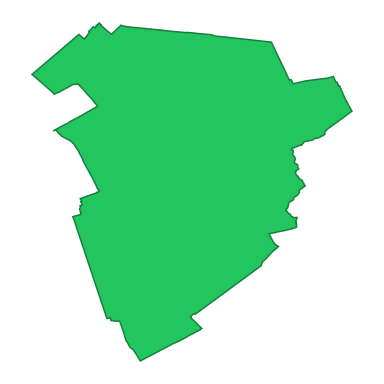 the district of Pijnacker-Nootdorp, Zuid-Holland, Netherlands
{"feature_id": "6326949B78332299759776", "entity_name": "Pijnacker-Nootdorp", "entity_type": "district", "adm_level": 2, "iso_a3": "NLD", "parent_name": "Netherlands", "parent_adm1": "Zuid-Holland", "projection": "natural_earth1", "projection_center": [4.43, 52.011], "detail": "fine", "context": "isolated", "style": "filled", "palette": "green", "viewbox_px": 384, "rotation_deg": 0, "n_neighbors": 0, "source": "geoboundaries", "source_scale": "gbopen_adm2", "svg_char_len": 5650}
<svg xmlns="http://www.w3.org/2000/svg" viewBox="0 0 384 384"><path d="M140.3,361.0L142.4,359.9L145.3,358.3L148.1,356.9L150.9,355.3L153.4,354.1L165.2,347.8L173.0,343.7L177.5,341.8L180.1,340.5L181.3,339.8L185.7,337.5L189.5,335.3L193.4,333.4L195.8,332.0L198.7,330.6L200.6,329.4L201.8,328.4L198.4,325.2L197.1,323.7L190.5,317.4L191.1,317.0L191.0,316.4L191.2,316.0L191.5,315.7L192.3,315.1L192.9,314.6L193.6,314.2L194.2,314.1L195.3,314.2L261.2,265.7L262.1,262.8L262.6,261.9L266.6,258.0L271.3,252.8L273.1,251.1L275.2,249.3L275.7,249.1L278.5,246.5L276.7,245.5L276.2,245.2L274.8,244.1L275.0,244.0L274.5,243.3L273.8,242.9L273.6,242.6L269.0,233.8L269.4,233.6L270.7,233.3L276.3,232.4L276.7,232.1L278.4,231.8L278.6,231.7L283.5,230.7L283.6,230.8L283.7,230.7L292.2,228.8L292.6,228.4L295.2,227.8L296.0,227.5L296.5,227.1L296.6,225.8L296.6,224.7L296.4,224.6L296.5,224.5L296.5,224.1L296.1,223.6L296.2,223.4L296.1,223.1L296.3,223.0L296.2,222.2L296.0,221.4L295.8,221.3L296.0,221.1L296.1,220.7L297.1,217.6L296.8,217.3L296.4,217.3L295.7,217.5L295.4,217.5L294.2,217.7L293.7,217.8L293.5,217.6L293.7,217.4L292.2,216.8L291.3,216.3L291.1,216.1L290.4,214.5L290.1,214.1L289.8,213.9L288.6,213.5L288.1,213.1L287.8,212.4L287.2,211.6L286.3,210.8L286.1,210.5L286.4,210.4L286.5,210.3L286.5,210.1L286.5,209.8L286.3,209.4L286.2,209.0L287.0,208.6L287.3,208.2L287.7,208.0L287.8,207.7L287.7,207.4L287.8,207.0L288.0,206.7L288.1,206.3L288.4,205.6L288.4,205.4L288.3,204.8L288.5,204.1L288.6,203.5L289.1,202.7L289.4,202.2L290.2,201.6L291.4,201.1L292.3,200.6L292.9,200.2L293.3,199.8L293.6,199.4L293.6,198.9L293.5,198.2L293.8,197.8L294.6,197.1L295.9,196.3L297.4,195.1L298.0,194.5L299.3,192.6L299.2,191.6L299.4,190.8L299.4,190.1L299.5,190.0L300.3,189.7L300.7,189.1L301.1,188.9L301.4,188.4L301.6,188.3L302.0,188.3L302.4,188.1L302.8,187.6L303.0,187.4L304.9,186.2L305.2,186.0L305.0,185.6L304.3,184.8L303.9,183.6L303.8,183.4L303.0,182.7L303.0,182.2L302.8,181.9L302.5,181.7L302.3,181.4L302.3,181.2L302.5,180.7L301.9,180.4L301.6,180.0L300.7,179.5L299.5,178.6L298.6,177.6L298.4,177.2L298.3,176.8L298.2,176.5L297.1,175.9L296.9,175.7L296.7,175.2L296.2,174.5L295.9,174.3L295.8,173.6L295.6,173.1L295.5,172.6L295.5,172.4L295.9,171.8L295.9,170.9L296.1,170.9L296.6,170.3L298.1,169.5L298.3,169.4L298.4,169.0L298.7,168.7L298.5,168.4L298.2,168.2L297.8,167.3L297.7,166.9L297.8,166.0L297.8,165.2L297.7,165.0L297.2,164.4L296.8,164.1L295.6,163.7L294.9,163.2L294.6,162.9L294.5,162.7L294.4,162.2L294.5,161.7L294.8,160.8L294.9,160.2L295.3,159.4L295.2,158.8L294.7,156.9L294.3,156.5L293.6,156.2L293.4,156.0L293.0,154.7L292.9,154.1L292.8,153.6L292.9,152.9L293.3,151.7L293.3,151.1L293.2,150.7L293.1,150.4L292.9,150.1L292.5,150.0L291.6,149.9L291.6,149.0L291.6,148.8L291.8,148.5L292.3,148.1L293.3,148.0L294.1,147.8L294.4,147.5L295.0,147.3L295.6,147.0L296.7,146.7L297.6,146.3L298.4,145.8L300.3,145.4L300.5,145.4L300.5,145.1L300.8,144.9L301.3,144.9L301.6,145.1L302.1,144.8L302.1,144.6L302.1,144.4L303.4,142.8L303.9,142.2L304.4,141.8L305.4,141.4L307.5,141.2L309.7,140.5L310.8,140.5L311.3,140.4L312.6,139.9L313.8,139.0L314.4,138.8L315.2,138.5L317.0,138.3L318.8,137.8L319.3,137.5L320.2,137.2L320.3,137.1L320.7,136.3L320.8,136.2L321.8,136.0L322.4,136.0L322.9,135.8L324.9,134.3L325.0,134.2L324.7,133.3L324.7,133.1L325.2,131.7L326.0,130.7L326.8,129.6L338.0,121.5L348.1,114.0L352.0,111.1L350.4,108.5L349.5,106.8L347.4,102.8L347.0,102.1L345.2,98.9L342.0,91.4L341.8,91.4L340.7,88.7L340.8,88.6L340.5,88.0L339.8,86.1L338.9,86.3L338.4,85.1L337.9,85.2L337.7,84.8L338.0,84.7L337.9,84.3L337.1,82.2L336.0,82.3L333.4,76.5L328.2,78.0L305.6,80.9L293.1,83.8L291.2,79.6L289.4,80.1L271.4,42.1L246.6,39.4L226.0,37.1L216.2,36.2L214.7,35.9L211.1,34.7L202.7,33.9L194.5,33.2L193.9,32.8L193.5,33.0L190.2,32.7L186.8,32.4L186.8,32.7L161.3,30.3L161.6,30.1L151.6,29.2L151.4,29.0L151.0,29.1L144.7,28.6L144.8,28.4L144.1,28.4L131.2,27.2L127.6,26.8L127.7,26.7L124.5,26.3L124.4,26.2L121.9,25.8L121.1,25.1L111.6,34.2L110.9,34.0L101.2,25.6L101.1,25.4L101.3,24.9L101.2,24.7L100.4,24.4L100.2,24.1L100.1,23.7L99.0,23.0L98.0,24.4L97.2,24.9L96.3,25.3L96.9,25.9L96.1,26.5L95.9,26.7L96.0,26.9L95.0,27.8L93.3,26.6L92.1,27.9L91.2,29.0L90.6,29.6L88.8,31.3L89.8,32.1L89.0,32.7L86.6,36.2L86.5,36.3L85.5,37.9L85.4,37.8L84.4,39.1L82.2,37.3L81.1,36.4L78.9,34.4L32.0,74.4L32.2,74.6L50.6,90.5L52.7,92.5L53.2,93.2L54.2,94.3L56.5,93.0L58.3,92.6L73.5,84.2L75.8,84.5L77.5,83.7L78.4,84.7L78.8,84.5L81.3,87.4L83.2,89.4L83.6,89.9L85.7,92.3L87.5,94.4L89.1,96.1L89.9,97.0L91.6,98.7L94.5,102.5L95.0,103.2L96.0,104.1L97.1,105.2L97.4,105.7L97.5,106.0L97.3,106.2L96.6,106.8L94.9,107.8L84.3,113.8L83.0,114.7L81.1,115.7L80.4,116.0L78.9,116.9L70.4,121.4L69.9,121.5L68.6,122.8L68.1,123.1L66.6,123.7L63.0,125.5L62.0,126.1L60.2,127.0L53.8,130.6L54.0,130.8L55.8,129.9L58.4,133.1L61.7,136.2L70.9,141.2L73.8,144.0L77.1,149.1L78.1,150.4L78.8,151.6L78.7,151.6L78.9,152.1L80.3,155.0L81.5,156.9L82.2,158.3L82.6,159.4L83.2,161.1L84.2,162.9L85.1,164.6L85.6,165.7L88.7,171.2L90.4,174.4L93.1,179.2L95.8,184.9L96.2,185.7L97.5,188.5L98.6,190.2L99.2,191.5L96.7,192.4L96.7,192.7L94.4,193.7L90.1,195.1L80.2,198.6L81.8,201.3L80.7,201.7L82.3,205.0L80.1,205.6L80.6,206.6L79.5,209.1L80.9,212.4L80.4,212.5L81.2,214.2L81.1,214.3L72.8,216.7L74.0,219.8L82.8,246.3L84.4,250.4L84.2,250.5L106.9,318.5L110.3,317.9L110.9,319.4L110.7,319.4L111.1,320.7L113.0,320.5L113.5,321.0L113.9,321.1L114.8,321.0L117.0,321.2L119.6,321.0L121.8,327.0L123.1,330.8L123.6,332.3L124.6,335.8L125.8,339.7L126.5,341.5L127.2,342.0L128.2,343.9L128.9,345.5L129.2,346.0L130.1,347.0L130.3,347.7L130.5,347.9L132.5,349.3L133.2,349.6L133.4,349.8L134.4,351.5L136.5,354.7L138.5,358.0L139.8,360.0L140.3,361.0Z" fill="#22c55e" stroke="#15803d" stroke-width="1.5"/></svg>